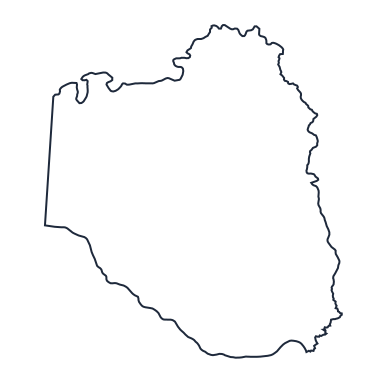 Santa Cruz do Xingu, Mato Grosso, Brazil (Natural Earth projection), rotated 269°
{"feature_id": "56859067B46700297890942", "entity_name": "Santa Cruz do Xingu", "entity_type": "district", "adm_level": 2, "iso_a3": "BRA", "parent_name": "Brazil", "parent_adm1": "Mato Grosso", "projection": "natural_earth1", "projection_center": [-52.501, -10.042], "detail": "fine", "context": "isolated", "style": "outline", "palette": "slate", "viewbox_px": 384, "rotation_deg": 269, "n_neighbors": 0, "source": "geoboundaries", "source_scale": "gbopen_adm2", "svg_char_len": 5951}
<svg xmlns="http://www.w3.org/2000/svg" viewBox="0 0 384 384"><g transform="rotate(269 192 192)"><path d="M161.2,44.4L159.6,54.2L159.0,60.9L159.0,63.4L158.7,64.9L157.8,66.7L153.5,71.9L152.5,73.7L150.5,77.9L148.8,83.6L147.8,85.1L146.5,86.3L140.5,89.0L133.8,90.6L130.5,91.9L126.8,93.6L119.9,95.8L118.6,97.1L117.4,98.9L116.1,100.0L113.0,100.9L111.8,101.8L109.8,104.4L108.7,104.9L106.2,104.9L104.8,105.4L103.4,106.9L102.2,109.0L102.1,110.6L102.3,113.4L102.0,115.1L100.7,118.2L99.7,122.0L98.5,124.2L97.3,125.8L92.1,130.2L91.1,131.2L89.8,132.9L88.2,136.1L86.4,136.6L84.9,136.6L83.1,137.1L80.8,138.6L79.2,139.9L78.2,141.3L77.6,143.2L76.7,148.3L76.2,150.5L74.9,152.6L73.4,154.6L71.5,156.4L67.3,158.5L66.0,159.7L65.1,161.1L64.9,162.5L64.7,168.5L64.4,169.9L63.9,171.0L62.7,172.7L57.6,175.6L54.7,177.8L53.4,179.1L51.5,181.2L49.6,182.9L47.1,185.6L45.6,189.0L44.6,190.7L43.8,191.7L42.2,193.0L41.1,194.3L40.3,195.0L38.4,196.3L35.3,197.7L34.1,198.8L33.0,200.3L32.1,202.3L30.1,204.8L28.8,208.2L28.5,210.1L29.0,213.7L29.7,216.6L29.5,219.2L28.9,221.0L28.2,222.1L26.3,227.7L26.1,230.2L25.6,232.5L25.6,236.2L25.8,238.9L26.5,242.9L26.2,248.0L26.1,254.2L26.2,257.4L26.9,264.9L27.5,268.0L28.2,269.8L29.4,271.7L31.2,274.2L35.3,277.8L37.9,280.5L39.3,282.5L41.5,287.1L41.7,288.9L41.5,290.8L41.0,293.6L40.2,296.0L39.4,297.5L38.3,298.8L35.9,300.7L33.9,302.0L31.7,303.1L30.0,303.6L31.2,306.1L30.4,307.6L31.4,308.3L31.0,310.7L32.8,311.3L33.6,312.3L36.0,311.4L37.1,312.8L38.3,314.8L39.8,313.9L41.6,313.1L44.4,312.6L45.6,313.4L45.2,314.9L45.1,316.6L46.3,317.2L45.8,318.6L47.0,320.9L47.1,322.6L48.1,323.9L48.7,322.8L50.5,323.0L52.0,320.9L52.1,322.5L53.0,321.9L54.4,322.4L54.1,323.7L54.3,325.2L55.8,326.3L56.0,327.9L57.4,327.5L59.0,328.3L61.9,328.8L62.4,331.0L62.4,332.8L62.8,334.0L63.1,335.5L64.2,337.6L65.8,338.4L66.6,339.6L68.0,339.6L68.3,338.0L69.5,337.1L70.1,335.9L71.4,335.8L72.9,335.3L73.3,333.6L75.8,334.6L76.8,333.9L78.3,333.4L79.9,333.7L81.7,331.4L83.0,331.8L84.4,331.1L86.1,331.0L87.8,331.4L90.0,330.3L91.5,329.8L92.6,330.3L93.9,329.9L95.0,330.3L96.1,331.3L97.3,332.0L98.5,332.1L99.8,332.3L102.3,332.0L103.4,331.6L105.3,331.9L108.1,333.7L113.4,336.6L116.3,337.1L118.3,338.0L119.8,338.2L120.8,338.1L124.1,336.6L127.5,334.7L129.3,334.5L130.9,334.6L132.0,333.8L134.6,330.5L139.0,327.4L140.1,326.8L141.6,326.6L142.6,326.8L144.1,327.5L146.9,328.6L149.4,328.6L152.4,327.6L155.6,326.1L159.7,325.0L161.6,324.3L163.7,323.9L165.0,323.3L168.6,320.6L170.1,320.2L171.7,320.3L173.4,320.0L176.6,318.3L178.2,318.0L180.8,318.4L182.1,318.7L183.5,318.7L185.1,318.3L189.2,318.7L191.1,318.6L192.7,318.0L194.4,317.3L195.7,316.1L196.7,313.5L197.6,312.4L199.1,311.4L200.9,316.9L202.0,318.4L203.3,318.2L205.3,315.7L206.8,314.9L207.7,314.1L208.4,311.2L208.3,309.2L208.7,307.7L209.7,307.0L211.4,306.8L212.8,307.3L215.0,307.7L216.8,307.7L217.6,308.5L218.9,309.1L220.5,309.4L223.0,309.4L225.3,309.8L228.6,311.0L229.8,310.6L230.8,310.8L232.1,312.3L234.0,313.7L235.1,316.7L236.5,318.0L238.5,318.0L240.2,318.6L241.2,318.6L243.5,318.0L245.1,317.5L246.5,316.8L246.9,315.2L248.5,313.2L249.7,310.5L250.7,309.4L252.2,308.7L253.8,309.1L255.5,309.8L256.5,310.0L257.5,311.1L258.8,311.7L259.7,313.6L260.8,314.4L262.9,314.7L265.2,317.7L266.7,318.6L268.0,318.2L268.4,316.6L269.3,315.4L270.6,314.0L272.1,313.3L272.6,311.8L274.5,309.8L276.0,309.7L276.9,308.9L277.9,307.7L279.2,307.0L280.1,305.4L281.2,304.2L282.4,303.2L283.8,302.5L285.3,302.3L286.9,302.7L288.3,302.7L289.5,302.2L292.2,299.8L293.8,298.9L295.1,299.7L296.5,299.0L297.7,296.0L298.8,294.9L298.4,293.1L298.2,291.3L298.9,290.1L300.4,289.9L301.2,288.4L301.6,286.7L302.8,285.9L304.4,286.1L307.0,284.1L308.2,282.5L310.3,283.4L311.3,283.1L312.5,282.5L315.5,281.8L318.0,280.4L319.6,281.1L321.4,280.8L322.9,281.5L324.2,281.8L325.2,280.9L326.9,281.5L328.3,282.5L328.4,285.2L330.0,285.4L331.3,285.4L332.9,285.7L333.9,285.2L335.2,284.1L337.2,281.6L338.7,279.0L339.4,277.3L339.8,275.7L339.6,274.4L338.3,273.1L338.1,271.4L338.5,269.9L339.4,269.0L342.0,269.0L343.3,268.7L344.9,268.0L345.6,267.1L346.2,265.5L346.7,263.4L347.6,262.2L348.6,261.8L354.0,262.2L356.5,259.4L356.5,257.5L353.6,255.7L352.7,254.0L352.3,250.3L351.4,249.3L349.1,248.4L347.7,247.7L347.0,246.9L347.0,245.1L348.7,243.2L349.8,242.4L353.3,241.1L354.5,239.9L354.7,237.7L354.0,235.9L354.0,234.6L354.6,233.1L358.3,227.7L358.4,226.0L357.3,224.7L354.9,223.8L354.9,221.8L356.6,220.5L357.6,219.1L358.2,217.2L358.1,215.8L357.5,214.4L355.9,214.6L354.2,212.9L351.6,212.8L350.2,211.8L347.9,210.4L346.8,208.1L345.6,206.2L344.8,203.8L344.9,200.3L344.4,198.7L343.8,197.5L342.4,196.3L339.5,195.0L337.4,193.7L336.0,193.5L335.3,192.6L333.7,190.0L331.9,188.9L330.8,189.9L329.7,191.9L328.5,192.6L326.9,192.2L325.9,190.6L325.9,188.6L326.3,186.8L326.4,184.0L325.9,182.4L325.9,178.5L325.0,176.4L324.2,175.6L323.2,175.5L321.4,176.2L319.8,176.5L318.4,177.7L317.6,179.3L317.3,180.4L317.2,183.1L316.5,184.3L315.4,185.1L313.1,185.4L309.4,184.7L305.4,182.6L304.4,181.6L303.6,176.6L306.2,170.8L306.4,169.4L305.9,167.6L304.1,164.1L303.7,162.9L303.5,160.7L301.5,155.8L301.3,154.4L301.5,147.1L301.7,143.3L301.5,139.2L301.6,137.3L300.5,131.3L300.4,129.8L300.5,128.6L301.6,127.0L301.8,124.9L300.8,123.8L299.7,123.4L298.3,122.3L296.1,120.1L294.5,117.4L293.9,115.2L294.1,113.7L294.6,112.5L297.4,110.4L300.9,108.4L302.4,108.8L303.3,110.2L304.1,112.5L305.3,114.2L307.7,114.3L311.0,110.4L312.1,109.4L312.9,107.8L313.0,105.2L311.6,97.5L312.7,94.6L312.9,93.3L312.4,91.2L311.7,90.3L310.5,86.9L309.9,85.8L309.1,84.8L306.9,83.3L305.7,84.5L305.6,86.6L306.0,88.4L304.7,89.6L303.0,89.4L301.4,89.1L300.1,89.4L298.6,89.3L297.5,89.4L295.1,89.5L293.5,89.4L289.4,88.3L288.3,87.7L284.6,85.3L283.8,84.4L282.9,83.0L282.8,81.0L285.7,78.5L286.7,77.9L287.7,77.9L290.0,78.8L291.5,78.9L293.1,79.5L294.3,79.6L296.7,78.9L298.6,78.6L301.5,78.9L303.0,78.4L303.3,73.7L302.9,71.6L301.6,68.4L300.1,65.4L299.4,64.1L298.6,63.1L297.6,62.2L296.6,61.6L294.9,61.8L292.7,61.1L291.9,60.2L291.7,56.9L289.7,55.0L161.2,44.4Z" fill="none" stroke="#1e293b" stroke-width="2"/></g></svg>